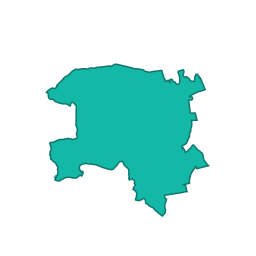 outline of Axtla de Terrazas, San Luis Potosí, Mexico, rotated 114°
{"feature_id": "50627088B25246558937537", "entity_name": "Axtla de Terrazas", "entity_type": "district", "adm_level": 2, "iso_a3": "MEX", "parent_name": "Mexico", "parent_adm1": "San Luis Potosí", "projection": "robinson", "projection_center": [-98.863, 21.424], "detail": "fine", "context": "isolated", "style": "filled", "palette": "teal", "viewbox_px": 256, "rotation_deg": 114, "n_neighbors": 0, "source": "geoboundaries", "source_scale": "gbopen_adm2", "svg_char_len": 5787}
<svg xmlns="http://www.w3.org/2000/svg" viewBox="0 0 256 256"><g transform="rotate(114 128 128)"><path d="M205.3,173.1L204.9,170.7L204.1,168.8L202.2,167.7L200.9,166.6L198.8,165.1L198.5,164.3L197.0,162.1L196.4,160.3L196.4,159.1L196.0,157.6L195.1,155.7L194.5,154.8L193.6,154.0L192.5,153.6L192.4,153.6L190.6,152.6L190.7,150.8L188.8,150.6L187.6,150.7L186.5,151.3L186.1,152.1L187.5,152.6L186.4,153.7L186.2,154.5L185.1,155.6L183.8,156.4L182.0,156.7L180.3,155.8L179.8,155.3L177.4,151.9L177.3,150.9L174.7,142.8L174.7,142.0L174.4,141.8L174.5,140.3L174.4,136.9L174.3,134.8L173.8,130.5L173.0,126.6L172.0,125.1L171.0,124.3L169.8,124.3L167.2,123.1L164.5,122.6L162.8,122.2L162.2,121.8L161.3,120.6L161.1,120.1L160.9,119.5L161.0,118.9L163.1,116.9L163.9,115.2L164.5,113.5L164.7,112.1L165.5,110.8L166.1,110.2L167.3,109.5L170.3,108.3L172.2,106.9L173.2,107.2L174.9,105.6L172.7,103.4L173.6,100.8L174.3,100.1L175.3,99.7L176.1,99.7L177.1,98.0L180.7,98.8L181.1,98.1L181.8,97.3L182.0,97.7L182.2,96.8L182.3,96.6L182.6,95.5L183.4,94.2L184.1,93.5L185.2,92.8L186.5,92.9L187.5,92.2L188.1,92.2L189.1,92.3L190.4,92.0L190.6,91.8L190.7,91.3L190.7,90.9L190.2,90.0L190.0,88.7L189.8,88.2L187.6,86.1L186.5,85.5L186.0,85.0L185.9,84.8L186.0,84.2L186.5,83.3L187.1,82.6L187.8,82.1L189.5,81.4L189.5,80.4L190.0,78.0L190.2,77.8L190.7,75.9L190.6,72.8L192.2,69.4L192.4,68.8L194.5,61.0L194.2,60.5L193.5,60.5L191.4,59.8L190.2,59.7L188.0,60.2L186.7,61.0L186.1,61.8L185.5,62.0L183.7,63.0L181.3,63.4L178.5,63.6L177.3,63.9L177.4,64.5L176.9,65.6L176.9,66.1L176.3,66.3L174.7,67.0L174.3,66.7L164.7,52.0L162.9,49.7L162.1,48.2L161.8,48.6L157.1,52.0L157.2,54.1L153.3,49.3L151.9,50.3L148.8,51.1L147.5,51.7L147.4,51.3L147.2,51.3L144.6,52.0L144.2,51.8L142.8,51.7L135.6,50.5L137.2,48.9L137.1,48.5L129.7,39.1L129.5,39.9L126.4,45.6L121.6,49.1L120.9,49.9L120.5,51.9L119.9,52.9L119.8,53.9L119.5,55.3L117.9,59.1L116.9,61.3L117.3,61.9L118.7,62.4L120.2,62.3L121.5,63.1L122.3,63.3L123.1,63.7L124.3,63.9L125.1,64.2L125.6,64.6L126.4,65.5L126.9,65.6L126.1,66.8L125.6,66.9L125.5,67.3L124.8,67.6L124.7,68.0L124.7,69.1L123.7,69.4L124.4,70.5L122.1,71.2L121.4,70.5L120.2,69.5L119.5,69.2L119.1,68.8L118.3,68.5L117.5,68.3L117.1,68.4L116.5,68.3L115.7,68.6L113.8,68.3L112.9,68.7L111.6,68.2L111.3,68.1L110.8,68.7L109.8,68.7L109.0,69.2L108.6,69.2L107.3,69.6L106.9,69.4L105.4,69.5L104.9,69.4L103.9,70.2L100.4,70.6L98.8,71.2L95.2,73.0L92.8,68.1L87.0,72.7L89.1,77.1L83.7,80.4L80.7,82.1L78.3,83.9L77.7,83.5L77.0,82.5L76.6,81.2L75.5,80.9L75.0,80.9L74.0,81.4L73.7,81.9L73.7,83.0L73.8,83.7L74.2,84.2L74.2,84.5L73.6,84.3L72.3,83.5L69.5,81.3L68.5,80.4L67.7,79.8L67.3,79.3L67.0,79.0L66.4,78.7L65.2,77.3L64.5,76.2L63.3,75.1L62.3,73.7L61.5,73.1L54.1,80.9L53.3,81.9L52.9,82.2L53.3,82.6L53.4,82.9L53.3,83.1L53.1,83.3L52.2,83.7L51.9,84.4L51.8,85.0L51.6,85.2L51.5,85.5L50.8,86.0L50.7,86.4L50.8,86.8L51.4,87.7L54.3,87.7L56.0,87.1L58.2,86.1L58.5,86.2L58.6,86.3L58.7,87.4L59.5,89.1L59.4,90.1L59.2,90.5L58.1,92.2L57.4,94.7L57.4,95.1L58.3,96.9L58.1,98.2L57.9,98.9L57.2,99.4L54.7,99.5L53.0,100.3L52.6,100.7L52.5,101.0L52.5,101.5L52.7,102.0L54.3,103.2L55.3,104.8L55.7,105.1L56.1,105.1L56.9,104.9L58.1,103.8L58.5,103.2L59.2,102.6L60.6,101.6L63.0,100.3L64.4,99.7L65.6,99.3L66.7,99.3L67.6,99.6L67.9,100.1L68.0,100.8L67.9,102.3L67.1,103.5L67.0,104.1L67.0,105.8L66.8,106.2L66.4,106.6L65.7,107.4L65.7,107.7L66.1,108.6L66.4,109.1L66.9,109.3L67.3,109.3L67.8,109.1L68.8,108.2L69.1,108.1L69.4,108.2L69.5,108.5L69.4,108.6L68.6,109.0L68.0,110.1L68.1,110.6L68.9,111.6L70.1,112.3L70.4,112.8L70.4,113.0L70.3,113.4L69.9,113.6L68.6,114.0L68.3,114.2L67.5,115.7L66.0,116.8L65.3,117.4L65.3,117.7L64.7,118.2L64.6,118.5L63.4,119.0L62.6,119.8L61.8,120.4L62.3,122.0L62.9,122.5L66.5,128.6L68.2,130.7L69.3,135.1L69.2,136.2L68.6,137.5L68.8,138.0L69.0,139.1L69.7,141.9L70.2,143.5L71.4,146.6L71.7,149.8L72.1,152.0L72.2,152.9L74.4,164.3L75.0,165.7L77.7,168.0L78.4,168.2L79.0,169.0L78.7,169.9L81.9,175.3L83.1,176.8L83.1,177.3L85.6,181.6L86.7,182.5L86.9,182.8L87.3,183.5L87.7,185.3L89.1,187.6L90.6,188.7L91.5,191.8L92.9,194.5L94.7,197.2L95.5,199.6L98.2,201.7L100.5,202.7L101.5,203.0L104.5,204.3L106.0,205.6L107.1,206.4L108.7,207.0L109.5,207.1L117.9,210.3L120.7,210.1L121.7,210.8L122.3,213.5L124.6,215.3L126.4,216.3L127.4,216.7L128.4,216.8L128.7,216.9L128.6,216.5L128.7,215.7L129.2,214.8L129.7,214.4L131.1,213.9L132.2,213.1L132.8,212.5L133.1,211.7L133.3,211.0L132.9,209.6L132.3,208.3L132.6,207.2L132.9,206.8L133.2,205.8L133.3,205.7L133.3,205.0L133.2,201.7L132.9,199.3L132.3,197.1L131.4,195.1L131.1,194.0L131.1,193.0L131.2,191.8L131.5,190.9L131.5,190.4L131.4,190.0L131.1,189.7L129.3,190.2L128.1,190.0L127.5,189.7L127.3,189.3L127.2,188.8L127.1,188.4L127.3,187.4L128.3,185.2L128.9,184.2L145.6,177.0L146.1,177.1L149.5,173.9L150.8,173.2L152.0,173.2L154.4,172.6L155.2,172.2L156.1,171.1L157.2,170.4L158.0,170.6L159.2,171.8L159.6,172.0L161.0,174.0L161.5,177.4L162.1,178.4L162.7,179.9L163.5,180.6L163.6,181.2L164.1,181.5L164.6,181.9L165.2,183.7L165.9,184.6L166.1,185.2L166.4,185.5L166.6,186.2L167.8,187.2L168.0,187.5L169.7,188.8L169.9,189.3L170.5,189.2L170.7,189.4L171.1,190.1L171.2,190.6L171.9,191.2L172.6,192.8L173.2,193.1L173.7,193.2L174.2,193.1L174.7,192.2L175.3,191.7L176.0,191.5L176.2,191.2L177.5,190.1L178.5,189.5L179.7,189.3L180.3,189.5L181.4,189.6L181.8,189.5L182.4,188.7L183.0,188.8L183.2,188.5L183.6,188.5L183.9,188.7L184.2,188.7L184.3,188.6L184.6,187.6L185.6,187.2L185.8,186.9L187.1,186.5L187.8,186.2L187.9,185.6L187.6,185.1L187.6,184.8L188.0,184.4L188.5,184.0L188.8,183.5L188.9,182.1L189.6,179.7L190.1,179.1L191.1,178.0L191.4,177.4L192.3,176.1L193.4,175.9L194.7,175.5L195.2,174.9L196.3,174.1L198.1,173.8L198.9,173.3L199.2,173.3L199.9,173.5L201.0,174.4L201.6,174.1L201.5,173.8L201.9,173.4L202.5,173.5L203.0,173.7L203.0,174.4L203.7,173.5L204.4,173.9L205.3,173.1Z" fill="#14b8a6" stroke="#0f766e" stroke-width="1.5"/></g></svg>